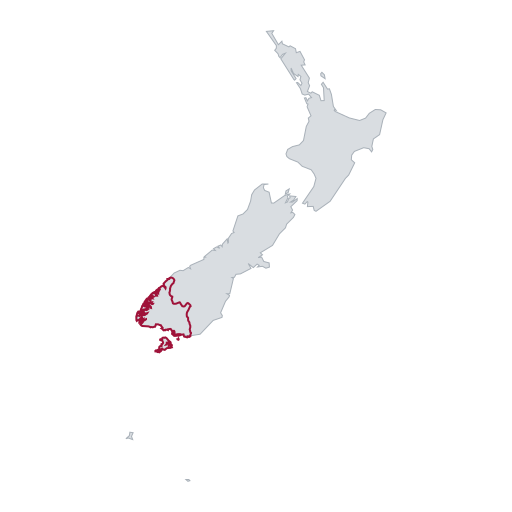 New Zealand, with Southland highlighted
{"feature_id": "NZL-3408", "entity_name": "Southland", "entity_type": "Regional Council", "adm_level": 1, "iso_a3": "NZL", "parent_name": "New Zealand", "parent_adm1": "", "projection": "robinson", "projection_center": [167.625, -45.772], "detail": "fine", "context": "in_parent", "style": "outline", "palette": "rose", "viewbox_px": 512, "rotation_deg": 0, "n_neighbors": 0, "source": "natural_earth", "source_scale": "10m", "svg_char_len": 9713}
<svg xmlns="http://www.w3.org/2000/svg" viewBox="0 0 512 512"><path d="M271.4,203.0L273.8,203.1L284.4,195.7L288.7,194.1L289.8,194.0L287.4,196.2L287.9,197.8L285.4,202.8L287.4,202.0L288.8,198.5L290.1,197.8L289.7,195.9L295.9,196.5L293.7,200.0L290.3,202.1L292.3,202.2L297.2,198.6L297.1,200.7L290.8,206.7L292.6,210.1L290.9,212.8L292.7,212.4L294.9,214.5L293.5,217.3L286.6,224.2L285.5,227.8L279.4,233.9L272.5,245.4L260.3,252.8L262.5,254.8L258.2,257.6L261.6,257.1L263.8,261.5L269.1,262.9L269.4,267.1L265.9,268.2L262.5,266.3L257.5,267.0L259.2,265.3L257.1,264.1L253.3,267.6L248.2,263.5L251.0,268.4L240.4,273.9L236.0,274.3L234.4,277.3L231.9,277.5L233.4,278.5L229.8,293.7L226.8,293.7L229.5,295.4L229.1,296.9L225.5,301.3L220.6,312.8L222.3,315.5L222.0,317.4L213.2,320.4L200.1,334.2L188.5,336.1L181.9,334.5L174.3,335.5L173.1,331.6L170.5,329.5L163.6,329.6L160.5,325.3L157.6,324.2L154.2,326.5L143.6,326.1L141.6,325.5L141.2,323.9L145.2,319.5L141.5,321.9L140.0,321.6L141.5,319.7L141.3,317.8L136.8,319.7L137.2,315.9L146.9,313.5L143.1,313.2L142.8,311.8L146.7,309.0L141.6,309.3L142.4,306.0L145.3,306.0L144.2,303.6L150.0,306.1L149.2,303.8L151.4,303.1L147.5,301.4L147.4,299.0L149.4,297.2L152.0,298.0L150.3,295.9L155.0,291.6L156.1,294.9L156.5,290.2L162.6,285.8L165.0,287.6L164.0,283.5L174.2,273.0L180.0,270.3L183.1,270.7L188.3,267.5L190.6,268.8L189.7,266.4L190.4,265.4L203.9,259.4L203.9,257.4L205.4,257.1L204.4,256.6L212.2,250.1L215.3,250.5L213.5,248.7L216.6,246.9L219.7,248.3L217.9,246.2L220.8,245.0L222.2,246.7L222.4,244.2L227.1,238.9L227.9,243.1L228.4,242.5L228.3,238.4L231.6,233.5L234.1,232.5L232.9,231.0L237.9,215.9L243.0,214.0L247.5,209.5L250.6,201.1L251.7,194.7L254.5,190.0L262.2,184.0L268.4,184.0L264.0,184.6L263.4,187.7L264.6,190.4L269.1,192.2L271.4,203.0ZM271.8,33.4L278.4,44.7L281.9,41.2L282.4,43.8L288.9,46.9L290.1,45.8L295.5,48.7L296.3,52.7L300.0,51.4L304.5,59.8L303.7,61.9L305.1,64.9L301.2,65.2L309.4,78.1L308.2,82.7L309.6,85.7L307.4,91.5L310.9,93.2L312.2,91.8L319.3,95.3L321.0,100.7L324.2,100.6L323.5,87.7L321.4,84.3L323.1,82.3L327.5,89.1L329.4,88.8L331.4,94.4L333.4,106.5L336.1,110.3L334.6,109.6L334.2,110.6L335.7,111.7L349.2,117.9L359.6,120.5L365.6,118.1L369.3,113.3L375.3,109.5L380.7,109.8L386.1,112.9L382.9,119.7L379.6,134.6L373.4,138.9L371.8,146.4L372.8,149.5L371.6,151.9L369.1,148.7L363.7,147.7L354.4,151.4L351.7,155.1L351.3,159.8L354.7,162.8L348.7,175.0L345.4,178.4L330.1,201.3L316.0,211.3L314.2,210.4L313.2,206.4L307.4,206.6L307.9,202.1L307.2,201.6L304.9,204.1L302.5,203.2L313.8,186.6L316.0,178.3L314.1,173.9L311.2,169.8L302.2,166.3L297.9,162.1L289.4,158.7L286.9,156.6L286.0,153.9L287.7,149.4L292.5,146.6L299.3,144.9L303.5,140.5L306.3,126.4L309.0,121.3L308.3,118.1L311.0,115.8L307.1,106.8L308.0,104.0L306.8,103.7L304.4,98.0L305.9,97.7L307.4,100.9L308.9,98.3L311.5,97.6L308.6,94.1L304.8,95.1L302.2,94.0L300.4,88.6L296.5,82.7L297.7,82.5L300.9,85.5L302.0,83.2L300.0,79.8L300.9,76.4L298.3,74.4L298.0,76.6L293.5,73.4L291.1,68.0L291.1,70.8L296.1,78.6L294.6,80.2L293.8,79.4L280.8,58.8L285.4,53.2L282.6,54.3L280.0,57.7L278.8,56.3L278.0,53.7L274.7,50.3L276.3,48.3L276.4,45.6L266.4,31.4L273.6,30.7L271.8,33.4ZM165.9,337.7L169.6,342.8L167.5,342.5L167.6,343.6L171.5,344.7L171.5,347.0L157.3,351.6L162.8,342.9L162.5,337.8L165.9,337.7ZM131.5,436.4L132.7,439.6L128.3,438.0L125.9,438.7L129.4,435.6L129.9,432.2L133.1,432.7L131.5,436.4ZM324.4,74.8L325.1,78.7L320.9,75.8L320.7,73.7L321.9,72.3L324.4,74.8ZM288.1,192.6L285.3,194.1L286.0,190.9L289.2,188.9L288.1,192.6ZM141.8,312.1L141.5,313.9L137.6,313.2L140.6,311.1L141.8,312.1ZM188.8,479.5L189.9,480.7L187.9,481.3L185.9,479.5L188.8,479.5ZM146.4,300.4L147.3,303.3L144.7,301.9L146.4,300.4Z" fill="#d9dde1" stroke="#a8b0b8" stroke-width="1"/><path d="M190.4,335.8L190.1,335.8L189.9,335.9L189.9,336.5L189.5,336.9L188.5,336.8L188.1,336.3L187.8,336.3L187.8,337.1L187.2,337.4L185.3,336.8L184.3,336.7L184.1,336.5L183.5,334.4L179.9,334.9L180.1,334.7L180.9,334.4L180.0,334.1L179.0,334.1L179.5,334.8L179.2,335.1L179.5,335.4L178.5,335.7L175.0,335.4L175.4,334.9L175.9,334.7L176.6,334.7L177.0,335.0L177.6,335.1L177.9,335.0L177.5,334.6L176.9,334.4L175.2,334.4L174.0,333.9L173.8,334.3L173.9,334.8L174.8,335.9L174.2,335.9L173.5,335.1L173.1,334.9L172.8,334.3L172.2,334.1L172.1,333.5L172.9,333.4L173.1,333.5L173.2,333.8L174.4,332.9L174.6,332.2L174.4,331.4L174.1,330.9L173.6,330.9L173.7,331.5L173.5,332.1L173.1,332.4L172.7,332.4L171.0,329.3L170.7,329.0L170.2,328.9L167.9,329.3L167.9,330.0L167.0,329.7L165.7,329.7L165.4,330.2L165.2,330.3L164.3,330.0L163.8,330.4L163.6,330.3L163.0,329.8L162.5,329.1L161.6,328.5L162.4,328.1L162.6,327.8L161.1,325.9L161.1,325.5L160.8,325.2L159.6,325.0L158.3,324.4L155.9,324.3L155.2,326.5L155.0,326.8L154.0,326.8L152.8,327.3L151.1,327.0L150.4,327.3L150.1,327.0L148.6,326.4L142.2,326.0L141.1,325.3L140.4,324.4L141.3,323.8L142.0,323.1L142.7,322.3L143.6,320.6L144.6,320.3L146.0,319.3L146.0,319.2L143.0,320.4L142.6,321.0L142.7,321.6L142.0,322.3L141.7,322.1L141.8,321.6L141.6,321.4L141.3,322.2L140.7,322.5L139.3,322.7L139.3,321.9L139.5,321.7L139.8,321.9L139.9,321.1L140.1,320.6L141.0,319.9L142.8,319.4L143.1,318.9L141.7,319.3L140.8,319.1L140.7,318.9L142.0,317.5L142.0,317.3L141.8,317.1L141.6,317.2L141.2,317.5L140.9,318.1L140.4,318.4L139.5,319.7L137.6,320.2L136.8,320.9L136.4,320.2L136.3,316.6L136.4,316.1L136.7,315.8L138.0,315.7L139.4,315.7L139.2,315.8L139.4,316.0L139.9,315.6L140.5,315.5L141.7,315.5L143.8,315.0L144.7,315.1L145.7,314.3L147.0,313.6L147.3,313.1L146.1,313.5L144.7,313.3L142.9,313.8L142.4,313.6L143.0,312.7L144.7,311.9L142.4,312.1L142.3,311.0L142.5,310.6L145.1,309.8L146.7,310.1L147.1,309.8L146.5,309.8L145.9,309.4L147.2,309.0L147.8,308.7L148.0,308.0L145.3,309.3L143.7,309.6L142.6,310.1L141.7,310.2L141.2,310.1L140.9,309.7L140.9,309.3L141.7,307.9L142.2,306.0L143.1,305.6L145.0,306.5L145.9,306.7L145.4,305.5L145.1,305.3L144.8,305.9L143.0,304.7L143.4,303.7L144.5,302.8L144.8,303.3L145.2,303.6L146.0,304.0L145.5,304.7L147.2,304.3L147.8,304.8L148.0,305.3L148.0,305.5L147.1,306.4L148.2,306.4L148.8,305.3L149.8,306.1L150.3,307.5L150.4,307.4L151.0,307.7L150.9,306.9L149.8,305.7L147.8,304.0L148.4,303.5L150.4,302.9L150.8,303.0L151.4,303.8L152.0,304.1L152.8,304.0L153.0,303.7L152.0,303.6L151.7,303.4L151.5,303.0L151.5,302.6L151.8,302.2L151.0,302.2L149.8,302.6L148.1,302.8L147.8,302.6L147.4,301.3L147.1,301.0L147.0,300.7L146.9,299.6L147.1,299.2L147.5,298.9L148.1,299.0L148.6,299.3L149.4,300.2L150.2,300.5L150.4,300.3L150.3,300.1L148.8,298.8L148.4,298.5L147.9,298.4L148.7,297.3L149.2,296.9L149.6,297.0L150.4,298.1L150.4,299.1L150.7,299.3L150.8,298.3L151.1,298.1L152.3,298.3L152.0,297.9L150.5,297.3L149.9,296.5L149.9,296.1L150.1,295.7L150.6,295.6L152.2,296.1L153.5,296.8L153.8,296.6L150.8,295.0L150.9,294.7L151.2,294.3L152.2,293.6L153.4,293.3L153.0,292.8L154.5,292.0L155.2,292.0L155.5,292.7L155.8,293.2L155.9,293.4L155.6,294.4L156.2,295.3L156.0,295.7L157.1,295.7L156.8,294.6L156.4,294.3L156.4,293.3L155.8,291.8L155.7,291.5L156.0,290.7L156.6,290.1L157.3,290.0L157.9,290.6L158.1,290.9L157.6,292.1L157.6,292.4L158.2,293.0L158.2,292.4L158.8,291.3L158.7,290.8L158.2,290.2L157.8,289.3L158.6,288.8L159.5,289.7L160.4,290.1L158.8,288.6L158.7,288.4L158.9,288.0L160.3,287.5L160.7,286.8L162.5,285.8L163.0,285.9L164.6,287.0L165.5,288.4L165.6,288.1L165.6,287.3L165.5,287.0L164.0,285.8L163.8,284.2L163.6,283.6L165.7,281.3L167.0,280.3L167.5,279.8L167.4,279.0L169.2,279.0L169.7,278.4L169.6,278.0L170.7,277.6L171.7,277.6L173.1,278.3L173.9,279.2L174.4,280.2L173.4,283.2L172.3,284.0L171.7,284.8L170.9,285.9L170.6,286.8L170.0,288.7L170.1,289.6L169.8,291.6L169.4,292.5L169.7,294.3L170.0,295.0L171.2,296.2L172.3,296.6L172.3,297.1L171.6,299.2L171.7,299.9L172.6,301.9L172.7,302.6L172.9,303.3L173.9,303.8L176.0,303.7L179.5,302.3L180.0,302.5L180.6,303.7L182.3,306.2L183.8,306.5L184.7,306.2L186.9,303.4L187.8,303.0L188.5,303.4L190.3,305.1L190.6,306.2L189.8,306.9L188.4,310.0L187.1,312.2L186.8,313.3L186.7,314.8L186.9,316.6L187.8,317.4L188.1,317.9L188.1,320.0L188.3,320.8L189.3,322.2L189.5,323.1L189.5,323.7L190.3,325.7L190.3,327.3L189.7,329.4L190.1,330.7L190.2,331.9L191.0,332.8L191.0,333.3L190.4,334.5L190.4,335.8ZM170.7,346.4L171.6,346.9L171.8,347.3L171.3,347.4L170.9,346.9L170.5,346.9L170.4,347.1L170.5,347.7L170.3,347.8L169.6,347.5L169.8,347.9L167.1,348.1L166.6,348.3L164.8,349.9L164.4,349.9L163.5,349.4L162.6,349.4L162.1,348.6L161.2,349.1L161.1,349.8L160.7,349.6L159.7,350.3L159.2,350.5L159.5,350.8L161.3,350.3L160.9,351.1L160.2,351.6L160.3,351.0L160.0,351.1L159.0,351.9L157.7,352.1L157.3,352.0L157.2,351.5L157.3,350.9L157.8,349.9L159.4,349.1L159.1,348.9L159.3,348.1L159.2,347.2L159.4,346.8L160.2,346.1L160.6,346.0L161.3,346.2L161.7,345.9L161.4,344.7L161.5,344.1L162.4,344.0L163.1,343.0L163.0,342.1L162.0,340.5L162.3,339.9L162.0,339.2L162.3,338.1L162.5,337.8L163.6,337.6L164.4,337.8L165.2,337.4L166.1,337.8L166.8,338.4L168.6,340.6L169.5,341.3L169.6,341.6L170.3,341.9L170.5,342.2L170.1,342.5L170.5,342.7L170.5,342.8L170.0,343.0L168.2,342.8L168.4,342.5L167.3,342.5L166.9,342.6L167.1,343.1L167.0,343.4L166.1,344.6L166.6,344.5L167.3,343.7L167.7,343.5L169.7,344.4L169.3,345.0L171.3,344.5L171.6,345.0L171.9,345.2L171.6,346.2L170.7,346.2L170.7,346.4ZM141.1,311.1L141.5,311.4L141.9,312.4L141.9,313.5L141.7,313.9L140.9,314.1L140.5,313.6L140.4,314.1L139.9,314.1L139.7,312.6L139.4,312.2L139.0,312.2L137.8,313.5L137.1,313.8L137.3,313.0L138.2,311.6L141.1,311.1ZM146.2,299.6L146.8,301.7L147.5,303.3L146.6,303.4L145.9,302.9L145.1,302.6L144.7,301.9L144.7,301.7L144.9,301.6L145.0,301.3L146.2,299.6ZM178.4,338.6L178.7,339.2L178.5,339.7L177.9,340.3L178.0,340.1L177.5,339.3L178.1,339.2L178.4,338.6ZM161.0,339.9L160.5,340.2L160.2,340.1L160.1,339.8L160.2,339.4L160.7,339.2L161.2,339.5L161.0,339.9ZM155.3,351.0L156.0,350.3L156.4,350.3L156.6,350.6L155.4,351.3L155.3,351.0Z" fill="none" stroke="#9f1239" stroke-width="2"/></svg>